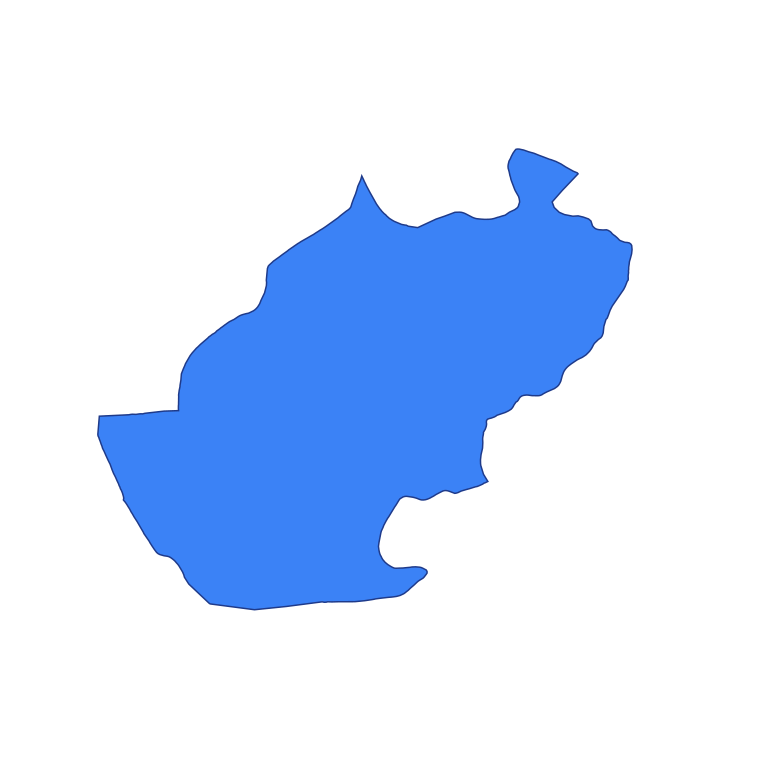 the district of Qa'tabah, Al Dali', Yemen, rotated 146°
{"feature_id": "15242507B41801613427967", "entity_name": "Qa'tabah", "entity_type": "district", "adm_level": 2, "iso_a3": "YEM", "parent_name": "Yemen", "parent_adm1": "Al Dali'", "projection": "albers", "projection_center": [44.626, 13.929], "detail": "fine", "context": "isolated", "style": "filled", "palette": "blue", "viewbox_px": 768, "rotation_deg": 146, "n_neighbors": 0, "source": "geoboundaries", "source_scale": "gbopen_adm2", "svg_char_len": 6171}
<svg xmlns="http://www.w3.org/2000/svg" viewBox="0 0 768 768"><g transform="rotate(146 384 384)"><path d="M123.4,333.7L122.3,335.2L121.5,336.6L120.4,338.0L119.0,339.5L118.2,340.9L116.9,342.4L115.9,343.9L113.8,346.2L112.2,348.1L109.2,350.6L105.9,353.5L103.2,356.7L101.2,360.3L101.1,361.9L101.7,363.7L103.2,365.3L105.1,366.8L107.3,369.8L108.3,371.4L108.8,374.4L109.2,376.0L109.7,377.8L110.3,379.3L110.8,381.0L110.9,382.6L111.4,384.3L112.3,386.1L113.3,387.4L116.3,389.2L119.1,391.4L120.3,392.5L121.3,393.7L122.1,395.2L122.5,396.9L122.7,398.5L121.3,403.4L122.1,406.4L125.4,410.9L129.0,414.8L133.6,417.5L139.6,423.5L142.7,428.3L144.2,435.2L142.8,440.9L127.9,444.8L105.6,449.7L105.7,451.0L107.9,454.3L108.4,455.2L112.1,462.5L114.2,467.4L115.0,468.8L116.1,470.7L117.0,472.3L120.1,476.6L121.1,477.7L124.3,482.3L127.8,487.2L129.8,490.2L130.7,491.5L134.3,495.7L136.5,498.7L137.5,500.0L140.4,503.0L141.7,504.0L143.3,504.8L144.9,504.4L148.0,503.2L151.5,501.3L152.8,500.4L154.3,499.6L155.7,498.9L156.9,497.8L158.2,496.6L159.4,495.2L160.4,493.5L161.6,489.9L163.0,486.5L163.5,484.8L164.3,482.8L164.8,481.0L166.8,472.5L167.1,470.8L167.6,464.2L168.2,462.3L168.9,460.7L169.8,459.0L172.0,457.3L173.3,456.2L174.8,455.6L176.5,455.5L178.1,455.4L183.8,456.3L185.4,456.3L189.1,456.2L190.6,456.7L192.1,457.2L195.2,458.1L196.8,458.7L200.0,459.6L202.1,460.4L203.5,461.1L205.1,462.0L208.6,464.3L211.2,466.3L214.0,468.6L215.3,469.8L216.4,471.2L217.4,472.6L221.1,479.4L221.9,480.7L222.9,482.0L224.0,483.2L225.4,484.3L229.2,486.7L240.1,489.3L248.6,491.6L268.6,494.8L275.7,501.3L276.7,503.2L277.8,504.1L280.2,506.5L284.5,513.0L285.4,514.8L286.9,518.2L287.8,521.7L288.0,523.4L288.6,525.1L289.2,528.5L289.3,530.2L289.5,531.7L289.6,537.5L288.8,547.1L288.5,550.9L287.7,558.4L287.4,560.0L287.0,563.2L286.7,564.7L286.1,568.9L289.4,566.1L295.2,562.5L298.1,560.0L301.4,557.4L305.6,554.6L309.7,551.6L312.5,549.3L314.5,548.6L316.5,548.4L318.7,548.4L326.0,547.9L329.3,547.5L344.0,547.1L348.0,547.1L351.4,547.3L353.8,547.3L355.4,547.4L359.0,547.4L361.0,547.6L366.9,548.0L369.3,548.2L373.4,548.5L375.3,548.5L376.9,548.6L387.9,548.5L389.4,548.3L396.4,548.1L399.5,547.9L407.0,547.7L408.7,547.4L412.3,546.9L414.1,546.4L416.1,544.9L423.5,535.9L424.6,533.8L426.5,531.3L432.1,526.3L439.4,522.0L440.8,521.0L442.3,520.0L445.7,518.5L447.7,518.0L449.8,517.7L451.4,517.7L455.0,518.2L456.8,518.5L458.9,519.4L462.1,520.5L463.9,521.0L465.6,521.3L467.4,521.4L472.3,521.4L474.2,521.7L477.4,522.1L482.5,522.0L486.0,521.8L487.8,521.8L489.3,521.6L493.1,521.5L494.9,521.0L496.6,521.0L498.5,521.2L500.8,521.0L502.8,521.0L504.5,520.6L514.1,519.5L517.8,518.8L519.5,518.6L525.7,517.0L528.9,515.9L535.7,512.6L537.3,511.8L538.8,510.7L542.0,508.7L546.3,505.7L550.2,500.8L553.8,497.0L554.7,495.8L557.2,493.4L560.4,489.8L561.3,488.3L562.6,486.5L563.6,485.0L564.7,483.5L565.7,482.0L566.7,480.8L568.6,478.0L569.2,476.8L581.5,484.5L598.6,493.4L601.0,494.3L602.0,495.1L603.5,496.0L606.6,497.5L609.3,499.5L610.7,500.3L612.8,501.2L638.0,516.5L649.3,502.4L650.1,500.9L650.3,499.3L650.9,497.2L651.3,495.3L652.2,492.1L652.6,490.1L653.3,488.0L653.7,484.6L654.4,480.8L655.4,474.8L655.7,472.5L655.9,470.8L657.4,464.9L658.2,461.1L658.7,456.9L659.4,453.1L659.9,449.7L660.4,447.9L660.6,446.2L661.1,444.5L661.2,442.9L661.5,441.3L661.9,439.6L662.4,438.1L662.9,436.5L663.6,434.9L664.9,433.6L664.8,432.3L664.6,430.6L664.6,427.3L664.7,425.7L664.8,422.5L665.2,419.1L665.2,417.3L665.5,413.7L665.6,408.1L666.2,399.1L666.4,395.9L666.7,394.1L666.6,384.9L666.8,383.0L666.9,378.9L666.9,375.3L666.7,371.5L666.1,369.5L665.1,367.8L663.5,365.9L662.4,364.6L659.9,362.3L658.8,361.0L658.0,359.5L657.3,357.6L656.7,355.7L656.3,354.0L656.1,352.0L655.8,350.0L655.7,348.2L655.9,344.4L656.1,340.8L656.7,337.7L657.5,335.4L657.7,327.3L651.5,299.7L651.0,298.8L617.6,269.3L589.4,254.2L557.1,238.0L555.5,236.4L554.0,235.5L552.4,234.9L549.1,232.5L544.2,229.4L533.0,221.9L529.8,219.8L526.3,217.9L521.1,215.1L514.4,211.9L512.8,211.2L511.0,210.5L506.2,208.1L499.5,204.6L497.4,203.4L495.7,202.5L492.4,200.9L490.7,200.3L488.9,199.7L485.0,199.1L483.4,199.1L481.2,199.3L479.4,199.4L476.1,200.0L471.0,200.6L467.6,201.2L466.0,201.4L464.3,201.4L460.3,201.2L458.7,201.5L455.4,202.6L454.0,203.2L453.1,204.6L453.0,206.2L454.9,209.7L455.9,211.2L457.0,212.3L460.1,214.8L463.2,216.7L464.8,217.4L469.0,219.7L471.1,220.8L474.1,222.7L477.2,224.6L478.4,225.6L479.4,227.1L480.3,228.8L481.7,231.9L482.2,233.5L482.8,235.6L483.2,239.1L483.1,240.9L482.8,242.6L482.7,244.3L482.3,246.0L481.7,247.6L481.0,249.3L479.4,252.5L476.8,255.4L473.8,258.4L469.8,262.4L468.4,263.6L465.1,265.6L463.3,266.9L459.4,269.0L456.2,270.6L454.3,271.3L443.9,276.1L441.8,276.9L436.6,279.3L434.9,279.9L431.3,279.7L429.5,279.1L428.0,278.2L423.6,274.2L422.3,272.8L420.8,271.0L418.8,268.1L417.7,266.9L416.3,265.9L414.6,265.0L412.9,264.4L411.2,264.0L409.5,263.7L407.9,263.6L406.3,263.4L404.6,263.3L402.9,263.3L399.1,262.9L395.2,262.4L393.7,261.9L392.3,261.1L390.9,259.8L389.9,258.6L386.5,253.8L385.0,253.1L383.4,252.6L379.9,252.1L375.1,250.6L371.6,249.4L365.6,247.6L364.0,246.9L362.1,246.5L358.1,245.8L356.5,245.9L355.7,245.6L352.4,245.1L352.0,253.5L349.3,262.4L348.4,264.1L346.4,267.2L343.1,271.1L338.2,275.7L337.0,277.3L334.9,280.1L333.0,283.2L331.9,284.6L329.4,287.1L328.5,288.4L325.5,289.8L323.8,291.0L322.5,292.1L321.3,293.5L320.5,295.1L319.4,296.4L317.9,296.9L316.1,296.5L314.3,295.8L311.1,295.0L309.4,294.8L307.8,294.9L299.4,292.6L295.9,292.1L292.7,292.0L291.1,292.4L289.6,293.0L288.0,293.9L284.8,295.2L283.2,295.1L281.6,295.6L279.8,296.5L278.2,297.0L276.5,297.0L274.9,296.6L273.4,295.9L271.9,295.1L270.6,294.1L267.7,291.5L263.5,288.6L262.1,287.7L260.6,287.1L259.0,286.8L257.2,286.8L253.5,286.4L245.2,284.9L241.9,285.0L240.2,285.3L238.7,285.9L237.0,286.8L235.7,287.6L231.6,291.2L228.8,293.2L227.4,294.0L225.7,294.7L224.1,295.2L222.3,295.6L220.6,295.8L217.3,296.0L212.1,296.0L210.3,296.0L207.0,295.6L205.4,295.3L203.8,295.2L200.2,295.2L197.0,295.8L195.2,296.2L192.0,297.4L190.1,298.4L188.5,299.3L186.9,300.0L181.5,301.0L178.3,301.1L176.2,301.9L173.7,303.8L169.5,308.8L163.9,313.4L162.1,313.8L159.5,315.6L155.3,318.7L151.2,321.0L132.4,328.4L129.5,330.0L125.0,333.1L123.4,333.7Z" fill="#3b82f6" stroke="#1e3a8a" stroke-width="1.5"/></g></svg>